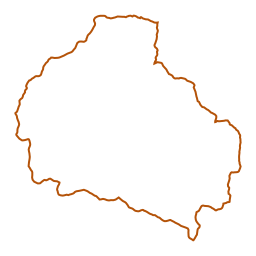 the district of Asuncion, Áncash, Peru
{"feature_id": "86281439B44243657118562", "entity_name": "Asuncion", "entity_type": "district", "adm_level": 2, "iso_a3": "PER", "parent_name": "Peru", "parent_adm1": "Áncash", "projection": "mercator", "projection_center": [-77.399, -9.19], "detail": "fine", "context": "isolated", "style": "outline", "palette": "amber", "viewbox_px": 256, "rotation_deg": 0, "n_neighbors": 0, "source": "geoboundaries", "source_scale": "gbopen_adm2", "svg_char_len": 5718}
<svg xmlns="http://www.w3.org/2000/svg" viewBox="0 0 256 256"><path d="M157.7,22.5L156.1,22.7L154.3,22.5L152.5,21.6L150.7,21.0L148.1,19.5L145.7,19.3L143.4,18.6L142.7,18.3L141.2,17.2L140.8,17.2L140.3,18.0L140.1,18.2L138.9,17.7L138.2,17.7L137.6,17.4L136.5,16.5L135.0,15.9L134.2,15.7L133.4,15.7L132.7,16.4L132.4,16.5L130.9,15.8L130.4,15.7L128.7,15.9L128.2,16.2L127.1,16.5L126.0,17.2L125.0,17.0L124.4,16.8L122.6,16.8L117.6,16.5L114.9,17.5L113.4,17.8L112.9,18.0L110.8,18.4L110.3,18.3L109.2,17.9L108.0,17.8L106.9,17.5L106.5,17.3L105.6,16.3L104.8,15.9L103.8,15.8L100.2,15.8L98.3,16.2L97.2,16.6L95.2,17.7L94.1,19.4L94.0,19.8L94.0,20.4L94.2,21.3L94.8,22.6L95.1,23.6L94.9,25.2L93.7,27.1L92.9,28.6L92.7,29.1L91.2,31.6L89.6,33.6L88.6,34.4L87.8,35.4L87.5,36.0L86.9,37.9L86.5,38.6L86.3,40.2L85.7,40.8L84.8,41.4L83.9,41.8L81.1,41.5L79.4,41.6L78.9,41.8L77.4,42.9L77.0,43.7L75.9,46.5L75.2,48.1L73.9,49.5L72.6,51.2L71.5,52.1L67.5,53.6L63.9,55.6L59.4,57.5L57.9,57.8L54.7,58.0L52.3,57.6L51.1,57.6L51.0,57.8L50.3,58.5L49.3,59.0L48.5,59.8L47.9,61.2L47.1,62.1L45.8,63.2L45.2,64.2L43.6,66.4L43.2,67.7L43.1,69.1L42.7,70.1L41.9,71.5L41.3,73.8L40.7,75.1L39.5,75.9L38.5,76.2L37.8,76.2L36.6,76.1L35.6,76.3L35.1,76.6L33.3,78.0L32.6,78.3L31.7,78.9L30.9,79.8L30.3,80.2L29.3,80.4L28.9,80.9L27.6,82.7L26.6,84.7L26.1,86.1L26.3,86.8L26.8,87.6L26.8,88.5L26.3,89.2L25.7,89.7L25.3,90.2L25.0,91.0L24.9,91.9L25.0,92.4L23.2,94.9L23.0,95.5L22.9,96.3L22.4,97.6L22.1,98.1L20.6,99.2L19.6,100.4L19.4,100.8L19.7,103.6L19.7,104.5L19.5,105.0L18.5,107.1L18.3,108.0L17.2,111.2L16.7,112.0L15.5,112.9L15.4,113.1L15.4,113.4L15.6,114.0L16.6,115.5L16.9,116.5L17.1,118.0L17.9,120.3L18.6,121.9L19.1,123.9L19.1,124.8L18.6,126.3L17.7,128.3L17.4,130.0L17.4,131.8L17.2,132.8L16.6,133.6L16.3,134.4L16.3,134.8L16.7,135.5L19.3,138.6L21.9,140.3L22.8,140.4L24.8,140.1L26.6,139.6L27.7,139.2L28.6,139.2L29.0,139.6L29.5,140.9L30.1,143.3L30.2,144.8L29.7,146.5L29.1,147.8L28.7,149.5L28.9,151.0L29.4,153.3L29.8,156.9L29.6,158.8L29.0,162.2L28.6,166.2L29.9,168.1L30.8,169.8L32.0,171.4L32.3,172.4L32.3,175.1L32.1,177.5L32.6,179.7L34.2,181.7L37.7,183.4L39.1,183.4L40.2,183.2L42.0,181.6L44.0,180.1L44.8,179.9L46.0,180.3L46.6,180.2L48.3,179.4L49.2,178.8L50.3,178.7L51.2,179.2L53.7,180.9L54.8,181.1L57.1,181.3L57.7,181.6L59.5,182.5L59.5,182.8L59.0,184.4L57.9,186.3L57.1,189.1L57.2,190.1L57.6,191.0L57.9,192.5L58.4,194.0L58.7,194.5L59.1,194.8L60.6,195.3L61.9,195.5L62.8,195.6L64.4,195.3L66.7,194.7L68.4,195.1L69.8,194.5L71.2,194.2L73.2,193.5L74.2,192.8L74.7,192.1L76.3,191.3L79.4,190.8L83.9,189.8L86.8,190.9L88.1,191.6L89.9,192.9L91.6,193.6L94.1,195.3L95.0,195.8L95.8,195.9L96.8,196.6L97.8,197.7L98.7,198.5L99.5,199.5L100.9,199.4L103.0,198.9L104.9,199.3L106.9,200.1L108.5,200.4L109.4,200.4L111.0,200.1L113.3,200.2L115.6,199.6L118.7,197.5L121.0,199.5L122.7,200.9L125.1,202.2L125.9,202.8L127.5,204.9L128.9,207.3L130.3,207.9L131.9,208.4L132.7,208.8L133.4,209.3L134.4,210.2L135.4,210.8L137.3,211.2L138.6,211.3L139.6,211.0L141.3,210.2L142.7,209.9L143.5,210.1L144.3,210.9L145.0,210.9L146.8,211.8L149.6,213.6L150.8,214.1L151.6,214.3L153.0,215.1L153.3,215.1L154.7,215.1L155.1,215.2L157.9,217.2L158.4,217.4L159.1,217.5L159.9,218.0L161.7,219.6L163.4,220.7L164.4,221.1L166.1,221.1L167.8,220.7L169.9,220.0L170.4,220.0L171.5,220.6L174.1,221.9L175.3,222.7L176.4,223.2L178.7,224.3L181.0,225.9L185.8,227.6L187.8,228.5L188.5,229.9L188.4,232.5L188.6,236.3L189.0,237.3L189.7,238.1L192.1,239.5L193.2,240.3L193.5,240.2L194.9,238.1L196.2,235.7L196.9,234.7L197.5,230.3L197.7,229.3L198.1,228.6L199.2,227.6L199.6,226.8L199.7,226.0L199.7,225.3L198.8,224.4L198.2,223.8L196.8,221.9L196.3,221.1L195.8,219.7L195.5,217.4L195.6,216.4L195.8,215.3L196.1,214.6L196.3,213.2L196.5,212.2L196.8,212.0L198.5,211.1L199.1,210.5L201.2,206.6L201.7,206.0L202.7,205.6L203.5,205.6L204.5,205.9L208.4,206.2L210.8,207.1L211.9,208.0L212.8,208.4L214.5,209.5L215.3,210.2L216.0,210.4L218.3,209.3L219.7,209.2L221.2,208.7L222.1,207.9L222.5,207.1L223.4,204.3L223.4,203.6L226.0,203.0L227.4,202.2L229.3,202.0L229.6,201.8L229.8,199.3L230.4,195.7L230.1,195.1L229.5,194.4L228.6,193.8L228.4,191.5L229.1,189.1L229.2,187.8L228.1,186.4L227.9,184.5L229.3,180.2L229.7,178.2L229.5,177.2L229.4,175.8L230.9,172.8L231.7,172.3L233.1,172.5L234.6,172.3L236.7,172.2L237.8,172.0L238.8,171.3L240.1,168.2L240.6,166.4L239.6,163.7L239.6,162.6L239.1,160.8L239.2,159.2L239.1,157.9L239.1,156.1L239.5,152.6L239.3,152.1L240.1,147.7L239.9,146.1L240.1,144.6L240.6,142.6L240.5,141.6L240.4,139.0L240.0,137.6L240.2,135.7L240.0,134.9L239.1,133.6L238.7,132.4L237.8,130.8L236.7,130.1L236.0,129.5L235.4,128.2L234.5,127.8L231.8,125.3L230.0,124.6L229.7,124.2L229.7,123.6L229.5,123.0L227.7,120.5L225.6,120.4L223.9,120.8L219.0,121.3L217.3,121.0L215.7,122.0L215.2,122.1L215.2,121.1L216.1,118.5L216.3,117.4L216.3,116.1L215.2,114.7L212.2,113.0L210.9,112.5L209.5,111.1L208.0,109.9L206.7,109.3L204.2,107.4L203.4,107.2L202.3,107.0L200.7,105.2L200.2,104.4L199.1,102.0L198.7,101.7L197.7,101.2L197.3,99.6L197.0,98.1L196.5,96.7L195.5,91.8L193.7,87.4L194.5,85.4L194.3,84.7L193.2,83.3L190.7,81.9L187.7,80.9L186.9,80.5L186.0,79.5L185.0,78.8L183.4,78.4L181.1,77.9L180.0,78.0L178.9,78.5L178.0,78.3L176.8,78.3L175.4,78.5L174.5,78.3L173.6,77.6L173.1,77.0L172.7,76.2L171.9,75.4L170.1,74.4L169.0,74.1L167.1,71.0L166.4,69.5L163.2,66.0L162.0,63.4L161.0,62.8L157.5,62.2L154.4,63.6L154.5,62.9L154.9,62.3L155.0,61.6L155.1,61.3L155.7,60.9L156.1,59.2L155.7,58.3L155.7,57.7L155.7,57.4L156.0,56.9L157.1,55.3L157.3,54.6L157.3,53.9L157.1,52.9L157.0,51.6L157.1,51.3L157.6,50.7L157.5,49.9L157.0,48.8L156.5,48.2L155.3,47.3L154.8,46.4L154.5,45.6L154.6,44.7L155.3,43.2L156.6,39.3L157.0,36.3L156.7,34.7L157.7,31.6L157.8,30.4L157.1,28.7L156.9,27.4L157.3,26.0L157.3,24.1L157.7,22.5Z" fill="none" stroke="#b45309" stroke-width="2"/></svg>